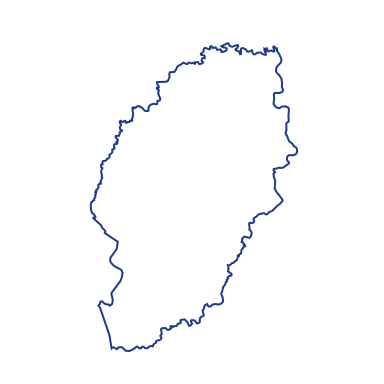 the district of Macate, Manica, Mozambique, rotated 249°
{"feature_id": "85939544B829507062217", "entity_name": "Macate", "entity_type": "district", "adm_level": 2, "iso_a3": "MOZ", "parent_name": "Mozambique", "parent_adm1": "Manica", "projection": "mercator", "projection_center": [33.549, -19.369], "detail": "fine", "context": "isolated", "style": "outline", "palette": "blue", "viewbox_px": 384, "rotation_deg": 249, "n_neighbors": 0, "source": "geoboundaries", "source_scale": "gbopen_adm2", "svg_char_len": 6003}
<svg xmlns="http://www.w3.org/2000/svg" viewBox="0 0 384 384"><g transform="rotate(249 192 192)"><path d="M299.8,310.9L298.5,310.7L297.8,310.2L295.1,310.7L293.7,310.1L293.7,309.6L295.7,307.1L297.0,306.6L297.9,305.8L298.5,302.7L298.0,300.0L298.3,299.0L300.0,298.4L302.8,298.7L302.7,295.6L303.1,294.3L303.7,293.8L305.9,293.4L308.2,291.0L308.4,289.7L307.9,288.9L303.7,287.3L303.3,287.1L303.3,286.3L306.6,286.2L308.6,283.7L309.6,283.7L309.9,284.1L309.9,285.3L311.6,287.4L312.5,287.6L313.1,286.3L313.1,282.1L313.6,280.9L315.2,279.4L317.3,279.3L318.1,278.7L317.6,271.7L316.4,272.3L314.5,275.3L313.2,275.8L312.2,275.2L311.6,274.1L311.7,270.6L312.4,269.6L313.4,270.1L314.9,269.8L315.7,266.4L318.4,266.0L318.8,265.2L318.8,263.2L321.1,262.6L321.3,261.6L320.9,260.8L319.2,260.4L318.9,259.4L322.0,255.7L321.6,254.6L318.7,252.7L318.0,250.0L317.6,249.6L316.6,249.8L315.2,252.3L313.1,252.4L312.4,251.9L313.1,250.0L313.0,249.2L310.9,248.0L309.0,248.8L308.4,247.9L308.6,245.0L309.0,244.5L310.9,244.3L311.6,243.3L311.7,241.9L310.6,240.9L310.8,240.4L312.1,240.2L312.2,237.9L313.8,235.8L314.0,235.1L313.1,233.9L313.4,232.9L315.9,230.3L315.0,227.5L314.7,223.7L311.7,220.6L310.5,218.5L311.7,214.2L309.9,212.9L307.1,212.1L304.2,209.0L304.4,206.9L307.1,198.8L305.4,198.2L303.0,198.7L301.5,198.5L301.2,197.9L302.0,196.6L301.6,196.3L300.3,196.4L298.8,197.5L296.0,195.7L290.5,195.8L289.0,194.8L289.4,192.4L286.7,191.0L286.8,189.8L288.1,188.0L288.3,184.3L286.8,181.9L284.3,180.9L283.4,180.3L283.3,179.8L284.7,177.1L288.4,175.6L291.2,173.3L291.6,171.2L291.0,170.2L291.3,169.5L290.7,168.5L290.8,168.1L291.7,167.9L292.1,167.4L291.9,166.7L290.9,166.1L285.5,164.9L283.8,163.6L283.1,163.5L281.4,161.9L280.1,161.8L280.0,160.9L280.8,159.7L279.8,158.5L280.4,157.1L280.0,155.6L280.7,154.9L282.1,155.3L282.4,155.0L282.6,154.3L282.2,152.4L282.9,151.5L284.0,151.0L283.8,149.9L282.2,149.4L281.1,150.0L279.9,149.6L278.3,147.9L276.9,147.5L276.1,147.4L274.8,148.7L274.3,148.7L273.9,148.1L273.7,145.9L272.1,145.4L270.6,143.8L271.6,141.4L271.4,140.8L270.8,140.3L268.0,141.2L266.7,141.3L265.9,140.4L266.3,140.1L266.1,139.5L265.5,139.2L264.5,139.8L264.0,139.6L263.8,138.2L264.4,137.0L264.1,136.2L262.4,135.3L260.8,135.5L260.3,135.2L260.1,132.6L258.2,132.3L256.7,130.4L256.3,128.1L254.1,127.6L253.3,125.7L253.4,124.4L252.6,123.7L252.1,122.3L252.8,119.8L252.4,119.3L249.8,118.4L250.2,117.3L249.8,116.7L247.9,116.1L246.4,116.9L246.0,116.7L245.3,115.6L243.3,114.4L239.9,113.9L238.6,113.2L237.8,113.5L234.0,109.9L232.8,110.2L232.3,109.7L232.7,108.3L232.3,107.3L231.3,106.7L229.6,106.3L228.0,103.8L228.0,103.0L226.6,102.8L226.8,102.0L226.5,101.6L225.5,101.9L224.6,101.6L224.1,100.5L222.5,100.3L221.6,99.6L221.3,98.6L219.4,97.7L219.5,96.3L218.6,95.6L218.6,94.4L216.0,92.7L210.8,91.2L209.2,91.2L207.9,91.2L207.1,92.1L203.7,93.0L203.1,92.8L202.5,92.0L203.3,90.9L202.8,90.5L193.6,95.2L191.0,95.2L187.0,97.0L185.5,96.7L184.9,95.9L172.2,104.9L166.6,101.8L165.2,100.5L160.1,92.6L157.1,90.9L155.7,90.9L152.3,92.0L149.2,94.0L145.5,97.5L143.9,98.2L141.6,98.2L137.4,95.9L134.3,92.9L126.7,80.8L125.7,80.2L120.7,79.6L118.2,78.7L116.0,77.1L115.4,74.5L116.7,74.1L117.5,72.3L119.2,70.3L121.6,69.2L122.4,68.3L122.5,67.4L120.5,65.8L119.5,64.0L117.0,64.7L87.9,63.6L74.8,60.9L75.3,62.1L75.0,63.2L72.2,65.6L73.3,67.5L72.4,70.8L67.6,73.2L66.3,75.8L66.0,77.0L66.3,80.9L67.5,85.1L64.4,87.6L64.3,88.4L65.3,89.6L65.3,90.3L64.6,91.5L62.9,92.3L62.2,94.5L63.1,96.9L62.8,99.1L62.0,100.2L63.6,101.5L64.1,104.0L65.8,105.4L65.5,108.7L65.7,110.3L66.9,111.2L69.0,110.8L70.2,112.8L75.0,113.9L75.6,115.1L74.9,116.9L74.8,118.2L72.2,119.7L71.7,120.5L72.0,123.4L74.1,123.6L74.4,124.0L74.1,125.1L72.7,125.8L73.2,127.2L72.4,129.4L74.2,132.1L73.6,133.5L73.7,134.1L74.4,134.9L75.9,135.0L76.5,135.5L76.0,138.7L75.5,139.6L72.2,141.0L68.1,141.4L67.9,142.6L68.7,144.6L69.6,144.9L71.3,144.4L72.4,145.1L72.5,145.7L71.7,147.6L70.6,148.7L68.3,149.2L67.3,149.8L67.5,152.1L68.1,153.0L69.3,153.1L71.6,154.5L72.2,156.0L72.1,157.8L72.7,158.8L77.5,159.4L78.7,161.2L81.3,163.0L81.7,163.9L82.0,165.9L79.3,166.3L78.4,168.2L79.2,169.8L79.5,171.6L78.9,174.1L77.6,175.9L77.3,177.9L77.3,179.2L78.5,181.5L79.5,182.2L83.4,182.9L86.3,182.7L89.8,185.6L91.9,186.7L93.7,189.6L95.7,191.3L96.0,192.7L97.5,192.8L98.1,194.6L99.4,194.5L100.3,196.9L99.9,198.7L100.5,199.4L101.9,199.3L105.0,197.1L106.9,198.5L108.0,198.5L109.0,199.2L110.8,199.3L110.3,200.1L110.5,202.3L111.3,203.7L111.0,205.1L112.5,209.5L114.6,211.4L116.0,211.9L115.6,213.0L116.6,213.2L117.0,215.7L120.5,217.7L121.3,219.5L122.0,220.0L122.4,222.3L123.1,222.4L124.0,221.4L124.4,221.4L124.7,222.1L126.7,221.5L127.4,220.4L128.6,221.4L130.6,222.2L131.6,225.0L128.7,228.9L128.7,229.6L129.5,231.0L132.1,233.0L134.1,233.1L136.6,232.1L137.8,232.9L141.9,233.9L142.5,234.4L142.5,235.1L141.4,237.2L141.5,238.4L142.2,239.5L144.5,239.7L145.4,240.3L146.1,243.8L147.3,246.1L146.8,250.3L146.2,251.9L144.6,252.9L144.3,254.4L145.7,256.9L145.5,259.6L145.8,260.5L148.6,266.8L149.2,269.3L151.2,273.3L152.3,273.7L158.7,272.0L160.4,271.2L165.4,270.4L172.6,273.7L176.7,273.8L179.3,274.5L179.9,274.7L180.6,276.5L181.2,276.6L182.5,275.8L184.0,276.3L183.5,282.0L182.6,283.6L182.1,285.7L183.9,292.8L185.1,293.2L187.0,292.2L187.9,292.2L189.8,292.8L191.3,294.2L191.5,295.8L189.9,300.4L190.2,302.7L191.7,304.4L194.0,305.3L196.1,305.2L198.4,303.5L201.2,303.0L204.1,301.0L206.5,300.7L210.6,300.9L212.4,300.2L213.7,300.6L216.2,302.5L221.8,304.4L222.6,305.2L222.9,307.0L224.0,308.0L227.0,308.7L234.5,312.1L236.3,312.1L238.4,310.2L239.2,307.6L239.4,306.2L238.9,303.4L241.1,300.8L244.5,299.7L245.8,300.0L249.8,302.3L253.3,303.2L254.6,304.2L254.7,305.4L253.0,309.2L253.2,312.1L254.2,313.5L257.7,313.5L261.7,315.2L266.0,316.1L270.1,315.2L272.4,314.0L274.7,313.7L277.5,315.1L278.5,316.1L280.8,320.9L282.1,322.2L283.9,323.1L288.8,322.9L293.5,322.0L295.6,322.8L296.1,321.7L298.4,320.9L298.6,320.2L298.0,319.7L295.8,319.5L294.9,319.8L293.8,319.3L293.8,318.6L295.8,316.5L295.9,313.5L297.4,312.0L298.0,313.3L299.0,313.6L299.6,312.7L299.2,311.5L299.8,310.9Z" fill="none" stroke="#1e3a8a" stroke-width="2"/></g></svg>